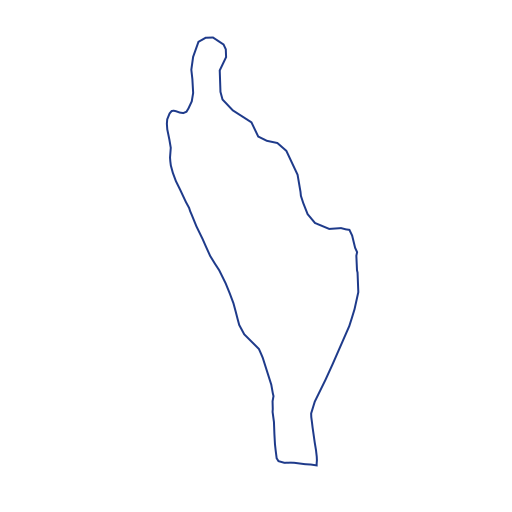 El Rodeo, San Marcos, Guatemala, rotated 123°
{"feature_id": "79465075B79064464802759", "entity_name": "El Rodeo", "entity_type": "district", "adm_level": 2, "iso_a3": "GTM", "parent_name": "Guatemala", "parent_adm1": "San Marcos", "projection": "mercator", "projection_center": [-91.996, 14.886], "detail": "fine", "context": "isolated", "style": "outline", "palette": "blue", "viewbox_px": 512, "rotation_deg": 123, "n_neighbors": 0, "source": "geoboundaries", "source_scale": "gbopen_adm2", "svg_char_len": 1489}
<svg xmlns="http://www.w3.org/2000/svg" viewBox="0 0 512 512"><g transform="rotate(123 256 256)"><path d="M107.7,420.9L123.2,417.2L135.0,411.7L142.3,405.7L153.5,397.5L161.3,394.1L169.1,393.0L172.9,392.9L175.7,394.8L177.2,398.0L178.2,402.1L179.0,404.2L180.4,405.7L183.5,406.1L189.7,404.9L193.6,402.8L198.1,399.4L205.5,392.1L211.7,386.4L220.3,381.7L223.3,379.4L226.5,376.7L231.5,371.1L236.8,364.0L241.8,355.6L248.9,344.2L252.1,338.3L254.3,335.6L256.5,332.3L263.6,322.1L270.8,310.1L274.8,304.0L280.9,294.5L284.9,286.1L288.0,279.1L291.2,273.7L295.5,266.5L301.7,257.6L307.9,249.2L314.0,242.4L318.7,237.3L323.0,232.5L328.1,223.2L332.4,202.9L335.4,198.3L337.7,194.9L355.6,173.1L361.9,167.2L364.0,165.0L368.8,163.0L375.2,158.6L377.7,157.2L385.5,150.5L395.3,143.6L403.5,137.6L407.9,134.0L414.4,128.5L415.8,125.4L414.0,119.6L410.4,114.3L408.6,111.3L403.9,101.5L401.0,96.4L398.6,91.1L397.2,92.0L394.1,93.7L391.3,95.7L386.2,99.9L380.4,105.2L368.7,115.4L365.1,118.4L361.0,121.9L358.0,124.0L346.1,127.4L322.0,130.3L305.2,132.8L264.0,139.6L255.6,141.9L246.9,144.4L230.6,150.5L214.6,161.8L213.0,163.5L201.1,172.0L197.7,173.3L195.1,177.4L186.5,186.5L183.2,191.9L184.7,195.1L186.3,199.9L193.4,209.3L196.2,224.5L192.8,235.5L185.8,245.3L181.1,251.1L178.0,253.6L165.2,265.4L151.3,287.8L149.6,299.6L153.5,309.7L154.6,319.2L146.4,332.6L146.5,354.8L143.0,369.3L137.7,375.2L120.1,387.5L105.5,389.4L99.1,393.9L96.3,398.4L96.2,411.1L100.4,417.1L107.7,420.9Z" fill="none" stroke="#1e3a8a" stroke-width="2"/></g></svg>